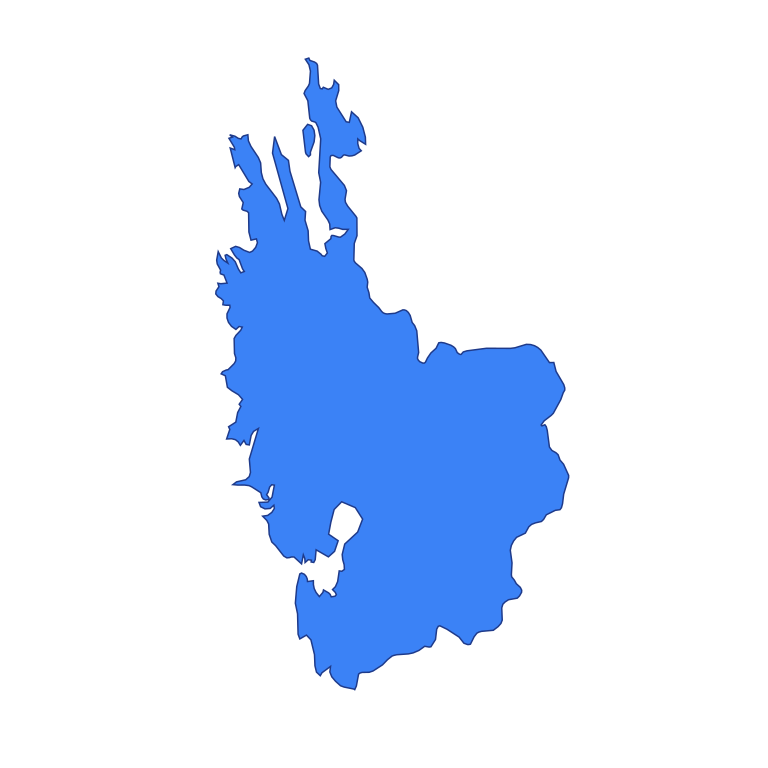 the border of Cork, rotated 101°
{"feature_id": "IRL-78", "entity_name": "Cork", "entity_type": "County", "adm_level": 1, "iso_a3": "IRL", "parent_name": "Ireland", "parent_adm1": "", "projection": "albers", "projection_center": [-9.037, 51.912], "detail": "fine", "context": "isolated", "style": "filled", "palette": "blue", "viewbox_px": 768, "rotation_deg": 101, "n_neighbors": 0, "source": "natural_earth", "source_scale": "10m", "svg_char_len": 6161}
<svg xmlns="http://www.w3.org/2000/svg" viewBox="0 0 768 768"><g transform="rotate(101 384 384)"><path d="M689.6,354.4L689.2,355.3L689.1,365.4L688.5,369.1L685.1,374.8L681.4,379.4L677.0,382.2L671.4,382.6L679.3,389.8L682.5,390.9L679.7,395.3L673.8,398.0L662.9,400.6L649.1,406.9L645.3,412.2L650.3,418.0L646.0,420.6L626.1,425.0L616.1,429.2L599.5,431.0L586.5,430.4L585.3,428.9L586.0,425.8L587.8,423.6L590.1,422.1L592.5,421.4L590.6,415.8L594.4,415.0L598.1,413.5L601.6,410.9L605.0,406.9L600.2,404.2L597.7,404.1L599.6,398.5L600.8,396.7L603.0,395.2L601.7,391.6L599.9,390.6L597.9,392.0L595.6,395.3L592.2,393.0L586.8,391.8L576.0,392.3L575.9,389.7L573.6,387.5L569.1,388.6L564.3,391.0L559.4,392.5L548.6,392.0L534.4,381.6L520.7,379.2L510.8,388.6L507.7,403.1L516.7,409.0L529.9,409.8L542.0,409.7L546.6,399.1L557.7,400.6L564.3,405.6L559.7,419.0L569.6,418.0L572.6,418.9L572.6,421.6L570.8,421.6L570.9,424.8L574.3,427.4L570.5,428.4L567.1,430.6L576.3,430.6L571.0,439.3L571.4,441.7L572.5,443.8L573.2,446.2L572.0,449.6L563.4,459.5L560.5,464.0L553.5,468.0L543.5,470.5L540.3,473.0L536.9,477.9L535.2,473.1L531.4,469.6L527.1,467.9L524.0,469.0L527.9,472.0L529.3,477.0L528.0,481.7L524.1,484.1L522.1,475.5L516.4,472.3L504.2,472.3L504.3,475.0L507.0,476.6L512.3,477.1L515.1,478.1L517.6,475.3L519.2,474.8L520.4,478.0L519.9,480.5L518.1,482.4L514.2,484.2L510.2,494.3L509.5,497.0L509.8,501.7L511.1,508.2L511.6,513.1L508.2,510.1L504.4,501.5L500.6,498.6L496.3,498.2L483.3,501.9L451.6,498.8L455.4,503.0L459.8,504.6L469.5,504.6L469.6,507.8L466.1,510.7L471.6,513.3L468.7,516.0L467.0,519.2L466.8,523.1L468.0,528.0L458.0,526.7L455.6,528.4L449.7,522.2L439.9,522.2L433.3,520.2L431.5,522.3L426.1,519.9L422.3,524.8L419.6,532.2L417.1,537.1L406.2,541.3L405.1,545.8L402.7,544.8L400.4,541.6L399.7,539.8L392.6,535.0L389.7,534.0L386.6,534.4L382.6,536.6L367.9,539.8L364.5,538.6L358.6,534.9L355.2,534.0L355.2,537.2L358.7,539.8L356.5,544.7L353.2,548.4L349.2,550.7L345.1,551.5L338.2,549.7L336.1,550.4L336.9,554.6L336.9,557.3L333.0,557.5L331.2,560.2L329.9,563.7L327.7,566.3L324.8,566.6L320.0,564.6L316.8,566.3L316.7,563.3L314.9,557.3L307.6,561.9L307.0,565.6L305.5,566.2L303.4,566.1L298.0,570.6L294.3,571.9L285.7,572.0L291.3,567.7L293.3,564.7L295.1,560.4L291.2,563.1L288.0,564.5L287.0,563.0L289.4,557.2L292.3,553.4L298.9,548.9L302.2,545.8L300.2,542.6L298.0,544.8L289.5,550.0L288.4,552.5L285.9,555.4L280.4,560.3L277.2,555.9L277.6,551.8L279.4,547.1L280.5,541.0L278.6,538.4L274.3,536.0L269.5,535.2L265.9,536.9L268.2,542.0L260.6,545.6L241.7,549.6L240.6,551.4L240.2,555.5L239.3,557.0L232.8,556.8L227.6,561.7L224.6,563.0L220.0,562.8L219.8,558.6L216.6,553.8L212.8,551.6L211.0,555.3L196.4,568.5L198.8,571.0L200.0,571.4L181.7,580.0L182.5,575.2L180.1,576.1L172.4,583.1L170.6,579.9L168.8,583.0L169.2,577.6L170.7,573.8L170.7,571.1L168.4,570.3L167.3,569.3L165.3,565.2L171.2,563.5L176.1,560.0L185.6,550.6L190.5,547.3L199.8,544.8L205.7,542.0L210.4,538.2L222.2,524.9L227.2,521.0L236.8,516.7L242.4,513.1L230.1,511.8L178.6,537.5L162.0,538.6L178.4,528.5L182.7,520.5L193.1,516.9L226.0,499.5L229.6,493.9L238.3,492.8L248.1,487.7L257.9,485.4L265.7,482.0L266.3,475.0L268.7,470.5L269.9,469.2L270.0,466.6L266.2,464.6L262.0,467.0L257.5,468.8L251.5,463.9L249.2,464.1L248.1,463.5L247.9,461.8L248.4,456.4L248.2,454.8L244.3,451.1L239.0,448.6L240.1,454.1L239.7,458.1L239.9,461.7L242.7,466.4L237.3,467.8L233.7,470.4L226.3,478.0L221.1,481.2L215.5,483.0L198.1,484.7L189.0,488.4L155.4,492.9L144.5,497.7L140.5,500.7L140.0,501.9L139.7,505.1L138.8,506.5L137.3,507.6L120.5,512.8L114.1,517.9L111.0,517.4L105.9,515.1L103.2,514.5L90.9,515.9L84.9,518.6L80.2,523.2L78.4,520.0L80.5,518.5L81.2,513.6L82.2,511.3L83.8,510.1L102.0,505.4L106.1,502.9L106.1,501.0L104.3,500.2L105.4,495.0L103.3,491.8L99.5,490.6L95.3,490.8L98.8,485.6L104.6,484.4L115.3,485.5L121.2,483.1L133.8,471.2L133.8,468.0L123.0,467.8L127.6,460.2L136.0,453.8L145.2,449.4L152.2,447.8L149.8,454.1L148.4,456.5L153.1,455.6L157.5,453.4L159.4,450.8L164.8,456.4L166.1,458.9L166.9,461.8L166.6,466.3L167.1,467.5L169.6,469.0L170.4,470.1L170.7,471.3L170.5,472.8L169.3,477.2L169.5,478.7L170.2,479.8L171.5,480.1L181.1,478.6L183.5,477.0L196.6,460.8L201.4,457.7L210.1,457.5L213.0,456.5L216.4,453.5L224.7,443.6L226.2,442.3L243.6,438.8L251.7,440.0L267.9,437.3L269.1,436.7L270.6,435.1L274.8,427.7L278.2,424.1L284.3,420.5L287.1,419.4L292.2,419.0L297.3,416.2L302.3,414.4L305.9,409.9L310.1,403.6L313.2,400.2L314.3,398.4L314.7,396.6L314.7,394.4L312.4,386.5L307.6,379.6L307.4,377.9L307.7,376.1L309.1,373.8L311.7,371.4L318.2,368.1L320.9,365.0L325.5,362.0L346.5,356.0L351.2,356.2L352.8,355.9L354.1,354.8L355.3,353.1L356.1,349.8L355.7,348.3L354.7,347.5L350.2,346.3L344.6,343.9L339.0,339.7L333.1,338.1L332.3,335.9L332.2,332.5L333.2,325.6L334.3,322.7L335.6,320.7L339.2,318.1L340.3,315.7L340.4,314.6L340.2,313.9L337.4,312.3L335.6,308.9L329.4,290.3L324.9,266.7L323.5,262.4L317.9,251.8L317.3,247.6L317.7,243.5L318.8,240.1L320.8,236.5L331.4,225.7L330.5,221.4L338.8,217.5L350.3,207.4L353.4,205.8L355.5,205.4L358.4,206.4L365.6,207.5L380.4,212.2L382.8,213.8L389.5,219.7L394.2,221.9L394.9,221.4L394.8,220.6L393.3,218.3L394.9,216.6L398.4,214.9L414.3,209.6L417.2,206.5L418.7,202.0L420.2,199.6L425.1,196.7L428.5,192.4L438.5,185.3L440.8,184.9L457.9,186.6L467.4,185.9L471.6,186.2L473.8,187.3L475.3,191.7L481.4,199.7L486.5,201.5L488.9,203.2L491.4,208.8L493.6,212.3L496.5,214.6L503.4,216.8L509.2,224.6L513.3,226.8L518.2,228.2L523.1,228.3L535.2,224.2L546.8,222.6L548.9,221.9L551.6,218.7L554.8,216.0L557.6,211.4L560.1,209.5L562.2,209.2L566.1,210.5L568.8,212.3L572.0,220.6L574.8,223.5L577.5,225.3L581.3,225.7L593.2,222.9L596.7,223.5L600.4,225.7L604.9,229.7L608.2,241.1L609.5,243.6L610.9,245.3L614.9,247.3L622.9,249.5L623.6,251.1L623.8,252.4L623.2,256.1L618.1,262.0L612.7,275.4L610.7,283.0L611.5,284.5L614.6,285.5L625.0,284.7L633.0,287.8L633.6,289.5L633.7,294.0L638.9,298.9L642.4,304.1L644.3,308.6L647.3,319.8L648.6,322.7L649.7,324.4L654.0,328.0L660.0,331.9L667.8,340.0L669.8,343.5L671.3,350.5L672.3,352.4L673.6,353.6L685.7,353.5L689.6,354.4ZM170.5,500.5L173.1,499.9L175.2,501.4L173.0,504.4L171.4,505.3L150.4,512.0L143.7,508.5L144.3,504.4L148.2,501.1L153.4,499.3L159.6,498.8L170.5,500.5Z" fill="#3b82f6" stroke="#1e3a8a" stroke-width="1.5"/></g></svg>